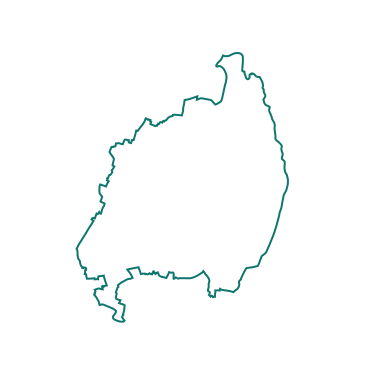 Thanh Liem, Hà Nam, Vietnam, rotated 200°
{"feature_id": "81297802B85424672096974", "entity_name": "Thanh Liem", "entity_type": "district", "adm_level": 2, "iso_a3": "VNM", "parent_name": "Vietnam", "parent_adm1": "Hà Nam", "projection": "natural_earth1", "projection_center": [105.93, 20.458], "detail": "fine", "context": "isolated", "style": "outline", "palette": "teal", "viewbox_px": 384, "rotation_deg": 200, "n_neighbors": 0, "source": "geoboundaries", "source_scale": "gbopen_adm2", "svg_char_len": 6051}
<svg xmlns="http://www.w3.org/2000/svg" viewBox="0 0 384 384"><g transform="rotate(200 192 192)"><path d="M240.2,54.2L238.1,55.6L236.6,55.9L232.7,55.7L229.3,55.6L226.5,55.4L224.7,55.0L223.2,54.5L222.8,54.2L222.5,53.7L222.5,52.7L223.0,50.2L223.6,48.4L223.6,47.5L222.8,46.3L222.0,45.8L221.0,45.6L218.7,45.4L215.4,45.6L213.0,46.3L212.3,46.6L211.6,47.4L211.4,48.0L214.9,50.4L214.9,52.2L214.6,52.3L214.4,52.7L214.5,53.0L214.9,53.4L215.5,59.1L215.8,59.4L216.4,62.2L216.6,62.6L217.1,62.8L222.6,62.6L222.2,65.8L226.4,65.6L227.5,66.7L228.0,70.6L228.1,70.9L229.2,71.6L229.3,76.6L228.7,77.7L229.8,79.0L227.8,82.3L223.7,87.0L222.3,88.4L220.0,89.5L218.5,91.0L219.3,91.9L221.9,94.2L226.2,97.0L225.0,97.9L216.5,103.0L211.9,97.4L210.3,98.4L208.7,99.1L208.4,99.2L207.8,98.7L206.7,99.4L205.5,99.4L204.1,101.1L203.0,100.6L202.3,101.0L201.4,101.0L201.4,103.1L201.1,104.3L200.6,104.3L200.3,104.0L199.9,102.8L199.7,102.7L198.6,103.5L198.1,102.7L196.6,104.8L195.2,103.2L194.5,102.5L193.9,102.1L192.1,101.9L189.0,102.3L186.7,102.4L186.1,107.5L186.2,108.8L183.9,109.0L182.7,109.7L182.1,109.8L181.4,109.2L180.7,107.5L180.7,106.7L180.5,106.4L180.1,106.0L179.8,104.4L179.6,104.2L179.3,104.2L178.7,104.9L178.0,106.2L175.6,105.8L174.0,106.8L164.3,110.3L163.1,111.0L160.4,113.1L158.1,115.6L154.6,120.1L154.4,121.5L152.8,120.7L151.1,119.1L150.5,119.0L148.8,118.1L147.0,116.7L146.0,115.6L145.2,114.4L144.9,111.2L144.6,110.4L144.0,109.2L143.8,108.4L143.6,106.3L143.4,105.2L142.9,104.4L141.4,104.2L141.1,103.9L140.8,103.4L140.7,102.6L140.8,101.1L138.7,100.1L138.4,101.0L138.1,101.3L137.2,101.2L136.9,101.0L136.4,100.4L134.6,101.4L135.3,103.4L136.0,106.6L136.4,107.5L133.3,108.7L132.3,108.8L132.5,110.6L131.3,110.3L130.2,110.3L125.9,111.2L121.7,111.9L118.8,112.1L117.9,114.0L116.2,116.4L115.7,118.3L115.8,121.2L116.6,122.3L117.2,124.4L117.1,124.9L116.2,126.2L116.3,128.1L115.7,134.6L114.9,139.0L113.7,139.8L110.2,141.5L105.0,144.9L104.8,145.3L104.6,148.3L104.6,155.5L102.2,159.4L101.7,160.6L101.1,170.1L101.0,173.8L100.8,178.2L100.8,182.9L101.2,190.4L102.1,200.2L102.5,201.8L102.6,203.2L102.6,207.3L102.8,208.9L103.5,212.5L104.7,220.3L104.7,221.4L104.0,225.4L104.3,229.4L104.6,231.7L105.0,233.3L105.7,235.4L106.5,237.2L107.5,238.6L108.4,240.1L111.2,242.6L111.9,243.6L113.2,245.9L114.0,248.3L114.4,250.0L115.2,252.0L115.7,252.6L116.1,252.8L118.5,253.6L118.9,254.0L119.4,255.4L119.5,258.2L120.1,259.2L121.8,261.3L122.5,262.4L122.8,263.1L123.2,265.4L123.4,266.0L123.9,266.5L124.5,267.0L126.3,267.9L128.3,268.8L130.5,269.4L131.1,269.8L131.7,270.4L132.0,270.9L132.6,273.0L135.1,277.7L136.3,280.1L137.0,283.1L137.4,283.7L138.5,285.3L141.4,287.7L143.4,290.5L146.4,293.7L147.2,294.6L147.8,296.2L147.9,298.1L148.2,298.5L148.8,298.7L151.8,298.9L152.8,299.2L153.5,299.6L154.2,300.1L156.5,303.2L155.8,306.6L156.1,307.7L156.6,308.5L157.8,309.5L158.9,310.8L159.1,311.2L159.5,312.7L161.3,313.9L161.5,314.8L161.5,315.8L161.8,316.7L163.6,319.5L165.1,320.9L166.4,321.9L167.1,322.8L167.6,323.1L168.0,323.2L169.6,322.6L171.4,322.6L173.9,324.0L175.1,324.1L176.1,324.0L176.1,323.2L176.5,323.0L177.2,323.1L177.7,322.2L178.0,321.4L177.1,319.8L177.1,318.7L177.6,317.4L178.3,317.0L179.3,317.1L180.6,318.1L181.0,318.9L183.5,321.8L183.7,322.8L184.0,323.1L185.8,322.8L186.1,323.0L186.6,324.1L188.7,331.6L190.0,335.3L190.7,336.8L191.1,337.4L191.7,337.8L192.5,338.3L193.5,338.6L194.8,338.6L195.7,338.5L197.8,337.8L199.2,337.0L200.9,335.6L203.6,332.8L204.4,332.2L206.5,331.2L207.4,330.9L209.5,330.9L209.9,326.9L210.4,325.3L212.1,321.7L212.5,319.7L212.3,318.7L212.2,318.5L211.9,318.4L211.1,318.6L209.6,319.6L208.9,319.8L208.3,319.9L206.0,319.3L203.9,318.2L200.4,314.7L199.9,314.0L198.8,311.6L198.4,310.1L197.8,307.2L197.5,303.4L195.6,289.4L195.7,287.9L195.8,287.1L196.8,285.5L199.6,282.4L200.0,282.2L201.0,282.6L205.0,284.8L205.9,284.9L214.9,283.4L215.8,283.1L219.0,280.4L219.7,283.7L226.3,278.3L230.4,275.9L229.6,272.2L229.0,267.8L228.8,267.0L228.4,266.3L228.1,265.0L227.7,260.5L232.9,259.2L234.7,258.7L236.4,257.8L236.3,256.6L238.4,255.4L239.5,254.0L240.1,252.9L240.8,250.5L241.8,250.0L242.2,248.8L242.9,249.0L243.2,249.0L243.5,248.7L243.7,247.0L245.5,247.0L245.8,246.8L246.0,246.3L246.2,244.7L246.4,244.4L247.2,244.6L247.6,242.3L248.2,242.5L248.9,241.4L252.7,241.5L254.2,241.6L254.4,241.7L254.4,243.9L255.4,244.0L255.5,245.4L257.7,245.4L257.9,244.8L258.3,244.7L259.9,245.3L260.7,245.4L260.7,242.3L261.0,240.5L261.4,238.8L262.7,235.0L263.9,230.8L265.4,230.7L265.0,227.3L264.6,220.9L266.2,220.4L266.0,217.1L268.4,217.0L269.2,219.1L270.2,218.6L270.6,218.6L270.8,218.8L271.8,218.7L272.8,218.3L273.2,217.9L273.3,217.3L273.4,213.3L274.5,213.0L277.0,212.9L277.6,212.8L278.9,212.1L279.8,211.9L280.0,211.8L280.0,211.5L279.7,209.8L279.6,208.7L279.8,208.5L281.2,208.0L281.5,207.3L282.8,207.0L283.0,206.8L283.2,203.7L283.2,201.3L277.6,197.3L276.9,196.7L276.5,195.6L275.8,189.8L273.7,189.4L274.1,187.1L274.8,184.8L273.7,183.6L274.1,181.3L274.5,180.3L275.6,179.4L275.7,176.2L276.5,175.8L276.5,175.6L275.8,175.1L275.7,174.8L275.8,173.9L274.9,173.9L274.0,173.6L274.7,169.9L274.7,167.8L280.8,167.7L280.9,166.3L280.8,165.6L279.4,161.3L278.4,159.3L278.0,158.9L274.8,156.8L274.7,156.4L274.7,151.7L270.2,151.3L269.9,149.4L269.9,148.6L270.5,147.0L270.2,140.4L270.6,140.3L271.3,140.5L271.8,140.8L272.4,141.4L273.0,138.9L273.3,138.8L274.3,139.0L274.3,133.9L275.6,133.9L276.3,133.7L276.9,132.8L277.1,132.0L274.6,131.1L275.0,130.2L275.3,127.9L276.7,122.0L277.6,116.9L280.4,104.1L281.0,99.0L280.3,98.5L279.1,96.7L278.7,95.4L277.3,92.3L275.9,90.3L274.5,89.4L273.5,88.3L272.3,86.2L271.4,85.1L269.7,83.9L269.2,83.1L268.2,83.2L268.2,84.1L265.8,84.4L265.3,83.8L265.0,83.1L264.9,82.4L265.6,82.1L264.7,78.2L263.4,78.5L262.3,76.4L261.1,74.6L257.9,75.8L254.2,77.6L253.6,76.6L251.6,77.6L250.4,77.9L251.0,79.8L251.1,80.7L246.3,83.2L246.2,82.8L243.5,79.2L240.1,75.0L243.0,73.2L242.6,72.6L243.1,72.1L243.9,73.0L244.3,72.4L243.2,71.0L242.6,70.0L243.2,69.8L245.9,69.6L246.8,69.4L248.0,68.5L249.9,66.9L249.2,66.3L248.7,65.5L249.0,63.7L248.4,63.3L248.8,62.0L246.8,60.9L245.2,59.8L242.1,57.0L240.2,54.2Z" fill="none" stroke="#0f766e" stroke-width="2"/></g></svg>